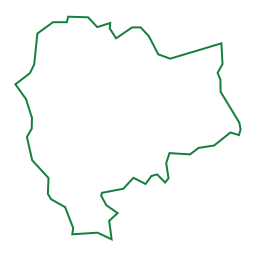 Ballymoney, orthographic projection
{"feature_id": "GBR-2101", "entity_name": "Ballymoney", "entity_type": "District", "adm_level": 1, "iso_a3": "GBR", "parent_name": "United Kingdom", "parent_adm1": "", "projection": "orthographic", "projection_center": [-6.415, 55.03], "detail": "fine", "context": "isolated", "style": "outline", "palette": "green", "viewbox_px": 256, "rotation_deg": 0, "n_neighbors": 0, "source": "natural_earth", "source_scale": "10m", "svg_char_len": 766}
<svg xmlns="http://www.w3.org/2000/svg" viewBox="0 0 256 256"><path d="M72.3,234.3L73.2,228.0L65.1,207.1L51.0,199.2L47.9,193.8L48.5,178.0L32.2,160.3L26.9,137.0L31.7,128.7L32.0,118.0L26.0,99.1L15.4,84.3L29.9,73.2L34.2,64.4L37.4,33.5L53.0,22.2L66.9,22.2L68.1,16.7L88.1,17.3L97.3,27.1L110.2,23.0L109.7,28.4L116.1,38.3L132.1,27.4L140.6,27.4L148.9,36.2L158.2,54.3L170.1,58.7L221.4,43.3L222.5,64.1L217.6,72.9L220.4,79.7L220.6,91.8L239.3,122.6L240.6,129.4L239.0,135.1L230.4,132.5L214.1,145.5L198.6,147.9L190.0,154.4L169.5,153.1L166.2,163.2L168.5,178.3L165.1,182.5L157.1,174.4L151.4,176.0L145.6,184.0L133.4,177.8L123.4,188.7L102.1,192.8L101.1,195.7L106.4,205.3L117.6,213.1L109.2,220.8L111.6,239.3L97.5,232.7L72.3,234.3Z" fill="none" stroke="#15803d" stroke-width="2"/></svg>